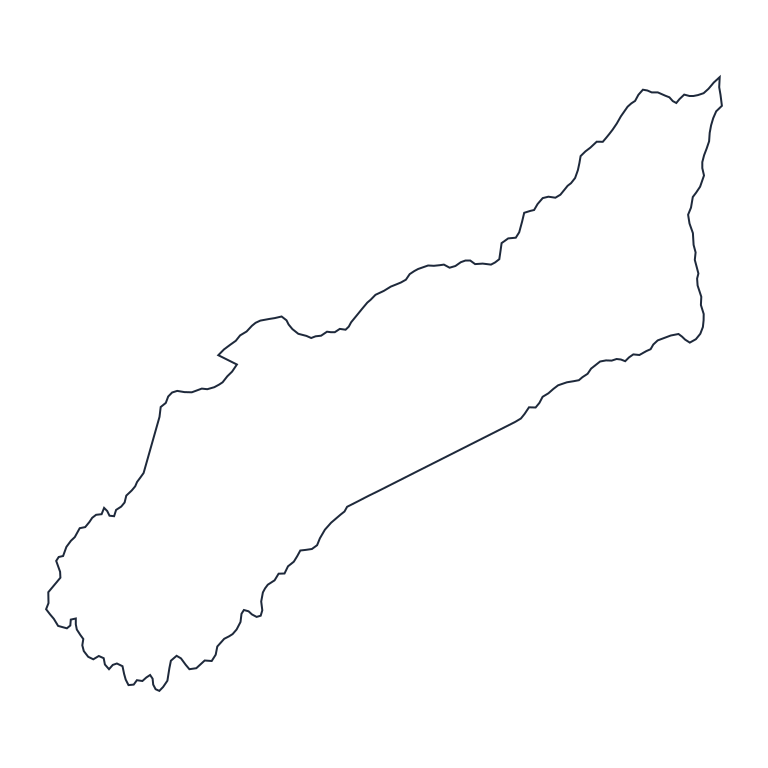 Senador La Rocque, Maranhão, Brazil (Equal Earth projection)
{"feature_id": "56859067B35743322866998", "entity_name": "Senador La Rocque", "entity_type": "district", "adm_level": 2, "iso_a3": "BRA", "parent_name": "Brazil", "parent_adm1": "Maranhão", "projection": "equal_earth", "projection_center": [-47.144, -5.381], "detail": "fine", "context": "isolated", "style": "outline", "palette": "slate", "viewbox_px": 768, "rotation_deg": 0, "n_neighbors": 0, "source": "geoboundaries", "source_scale": "gbopen_adm2", "svg_char_len": 3747}
<svg xmlns="http://www.w3.org/2000/svg" viewBox="0 0 768 768"><path d="M719.7,77.1L713.8,82.5L708.5,88.8L703.6,93.2L697.9,95.1L693.4,96.0L689.5,96.0L684.2,94.6L679.4,99.2L676.3,103.0L672.8,101.1L669.4,97.3L665.3,95.7L657.8,92.4L651.7,92.4L647.4,90.5L642.9,89.7L638.4,94.8L635.1,100.9L631.3,103.4L627.6,106.7L620.9,116.3L616.8,123.5L612.6,129.7L609.2,134.1L606.1,137.9L602.8,141.8L596.7,141.7L590.4,147.6L585.4,151.4L580.6,156.1L579.4,163.1L577.9,170.1L575.1,178.0L571.0,183.2L567.7,185.7L560.4,194.7L555.4,197.7L548.4,196.7L542.7,198.1L537.6,204.0L534.1,210.0L530.3,210.9L524.2,212.8L522.1,221.6L519.2,232.3L515.8,237.7L508.2,238.4L501.6,243.1L500.5,251.0L499.3,259.2L495.0,262.5L491.0,264.6L482.7,263.6L475.1,264.1L470.2,260.5L465.5,260.5L460.8,262.2L455.4,266.0L449.6,267.7L443.9,264.6L439.7,265.2L433.9,265.8L428.1,265.5L418.1,269.0L414.4,271.0L409.7,274.1L405.9,279.7L400.9,282.5L396.3,284.4L390.8,286.6L383.8,290.9L375.5,294.8L370.6,299.8L367.3,302.6L361.7,309.3L357.0,315.1L351.1,322.3L348.8,326.6L345.6,329.7L339.8,328.9L334.8,332.2L330.9,332.2L327.0,331.7L321.1,335.7L315.6,336.3L311.2,338.0L306.4,335.9L298.3,333.8L292.4,329.1L288.6,324.5L286.5,320.3L281.6,316.5L274.7,318.1L269.6,318.9L260.3,320.6L255.6,322.8L251.9,325.8L246.6,331.5L240.1,335.4L235.8,340.8L230.3,344.7L224.0,349.4L218.3,355.2L236.9,364.5L232.1,371.6L227.3,376.3L222.6,382.3L219.1,384.6L214.3,387.2L207.3,389.2L201.8,388.6L197.5,390.2L191.8,392.3L184.5,392.1L177.2,390.9L172.1,392.5L168.2,396.5L165.8,402.9L160.7,407.0L159.5,416.9L143.6,473.0L140.6,477.2L137.1,481.9L135.2,486.3L131.8,490.4L126.3,495.6L124.6,502.5L121.2,506.6L116.1,509.9L114.1,516.2L109.5,515.7L107.2,511.0L104.1,507.9L101.6,514.2L96.1,514.8L92.2,517.8L89.4,522.0L85.2,527.1L79.7,528.2L74.8,537.1L70.9,540.8L66.4,546.9L63.1,556.0L58.7,557.0L56.2,560.9L60.1,571.8L60.4,577.7L48.3,592.2L48.5,603.1L46.1,609.2L50.0,614.3L53.8,618.8L58.1,625.9L62.8,627.2L66.9,628.3L70.3,625.5L70.8,619.6L75.8,618.5L75.8,624.3L76.8,629.5L80.3,634.9L83.3,639.0L82.3,645.3L83.8,651.1L88.2,656.8L93.3,659.3L98.8,656.0L103.7,658.2L104.9,664.5L109.0,669.2L112.8,664.9L116.9,663.5L122.5,666.2L124.1,673.9L125.7,679.6L128.5,685.1L133.7,684.6L136.9,680.2L142.4,681.0L146.3,677.5L150.1,675.0L152.6,678.7L153.2,684.6L155.6,689.2L159.3,690.9L163.1,687.0L167.4,680.7L169.4,668.1L170.9,660.7L176.6,655.8L181.0,658.4L185.7,664.8L189.4,669.2L196.3,668.2L204.7,660.5L211.7,661.0L215.7,654.7L217.3,646.5L224.2,638.8L229.1,636.3L232.6,634.1L236.6,629.5L240.5,622.0L241.5,613.8L243.9,610.0L248.6,611.3L251.9,614.4L256.6,616.9L260.7,615.7L262.3,610.3L261.2,601.5L262.9,592.4L265.1,588.3L267.8,584.7L274.6,580.3L278.6,573.7L284.5,573.5L288.0,566.3L293.8,561.7L297.2,556.2L300.3,550.5L305.7,549.9L311.9,549.0L317.1,545.2L319.9,538.3L324.9,529.7L331.1,522.7L340.7,514.5L344.5,511.5L347.1,506.8L356.2,502.2L364.9,497.7L369.0,495.6L379.0,490.7L419.1,470.4L515.2,421.9L520.9,418.5L524.6,413.9L529.0,407.3L535.6,407.5L539.4,402.9L542.6,396.8L548.4,393.3L553.4,388.9L558.1,385.3L562.2,383.9L566.9,382.3L573.6,381.2L578.9,380.2L582.4,377.2L587.6,373.8L591.1,368.6L600.1,361.5L606.0,360.4L611.7,360.6L616.6,359.0L620.9,359.5L625.2,361.2L629.0,357.4L633.3,354.4L639.4,355.0L646.3,351.1L650.6,349.2L653.3,344.5L657.7,340.4L670.8,335.5L678.5,334.0L682.0,336.6L685.1,339.6L689.8,342.6L695.9,339.2L700.3,333.8L702.9,327.0L703.6,320.3L703.7,314.0L700.9,305.0L701.3,296.8L697.6,285.5L697.1,278.6L698.4,273.5L696.8,267.4L694.8,259.9L695.6,252.4L693.6,244.9L692.9,233.1L689.5,223.5L688.1,214.7L691.0,207.6L692.8,197.0L696.0,192.8L700.1,186.7L704.0,175.5L702.3,168.1L702.3,162.1L704.1,155.2L706.7,148.4L709.1,141.3L709.7,132.8L711.1,125.3L713.2,118.2L716.2,111.3L721.9,105.8L720.5,94.8L719.2,87.2L719.7,77.1Z" fill="none" stroke="#1e293b" stroke-width="2"/></svg>